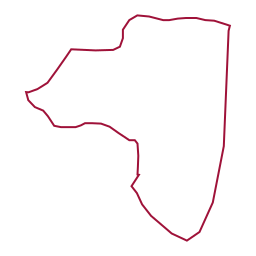 SVG path tracing the border of Dojran
{"feature_id": "MKD-3000", "entity_name": "Dojran", "entity_type": "Statistical Region", "adm_level": 1, "iso_a3": "MKD", "parent_name": "North Macedonia", "parent_adm1": "", "projection": "natural_earth1", "projection_center": [22.654, 41.217], "detail": "fine", "context": "isolated", "style": "outline", "palette": "rose", "viewbox_px": 256, "rotation_deg": 0, "n_neighbors": 0, "source": "natural_earth", "source_scale": "10m", "svg_char_len": 765}
<svg xmlns="http://www.w3.org/2000/svg" viewBox="0 0 256 256"><path d="M229.9,25.7L228.6,30.8L223.8,146.2L212.8,202.5L199.5,232.0L186.9,240.6L171.7,233.5L151.1,215.9L142.1,204.4L136.9,193.1L131.5,186.2L138.9,174.8L137.5,174.5L137.9,166.7L138.3,155.8L137.5,143.6L134.8,140.2L129.3,140.2L118.2,132.8L109.6,126.7L101.0,123.6L92.0,123.2L85.0,123.2L80.8,125.4L75.7,127.1L69.8,127.1L60.8,127.1L54.2,125.8L47.9,116.2L43.2,110.6L34.9,107.1L28.3,100.2L26.1,92.1L28.5,92.3L37.4,89.1L47.5,82.8L57.2,69.5L66.1,56.8L71.2,49.3L95.5,50.4L113.2,49.9L119.9,46.7L122.9,38.2L122.9,29.7L129.3,20.1L137.3,15.4L149.1,16.5L163.1,20.1L169.3,20.1L177.8,18.6L185.9,18.0L196.4,18.0L205.3,20.1L214.2,20.7L227.5,24.9L229.2,25.5L229.9,25.7Z" fill="none" stroke="#9f1239" stroke-width="2"/></svg>